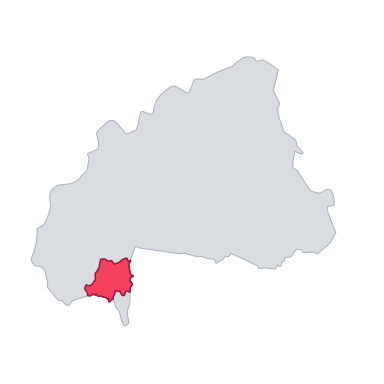 Poni on a map of Burkina Faso (Equal Earth projection), rotated 9°
{"feature_id": "BFA-2837", "entity_name": "Poni", "entity_type": "Province", "adm_level": 1, "iso_a3": "BFA", "parent_name": "Burkina Faso", "parent_adm1": "", "projection": "equal_earth", "projection_center": [-3.283, 10.293], "detail": "fine", "context": "in_parent", "style": "filled", "palette": "rose", "viewbox_px": 384, "rotation_deg": 9, "n_neighbors": 0, "source": "natural_earth", "source_scale": "10m", "svg_char_len": 5274}
<svg xmlns="http://www.w3.org/2000/svg" viewBox="0 0 384 384"><g transform="rotate(9 192 192)"><path d="M284.9,255.1L275.2,255.6L271.7,257.0L269.6,257.1L269.5,255.9L269.3,255.2L257.0,251.3L248.5,248.9L239.8,246.4L239.3,248.8L238.1,250.3L236.2,250.5L234.9,250.1L234.0,251.9L232.6,254.4L230.6,255.6L228.6,257.1L227.5,258.5L226.7,258.5L224.7,255.3L222.1,255.0L217.2,255.6L214.9,254.7L211.9,254.3L204.8,254.9L193.3,253.6L191.5,254.3L191.0,254.9L179.7,255.1L167.2,255.2L156.8,255.4L147.7,255.5L147.7,254.9L144.8,254.9L144.4,255.9L141.9,268.5L141.6,275.4L143.0,279.7L144.5,282.4L146.2,283.5L146.4,285.0L145.0,287.0L145.1,289.0L146.8,291.1L147.2,293.3L146.3,295.6L146.5,301.2L147.8,310.0L147.8,315.7L146.7,318.3L147.2,322.7L149.5,329.0L149.9,331.7L149.0,332.9L147.2,334.5L145.3,334.5L143.1,330.7L142.1,329.0L140.4,325.1L138.8,321.2L136.8,319.5L134.8,318.0L132.3,313.0L130.0,310.7L127.5,311.4L123.9,310.4L116.5,309.2L108.6,309.6L105.4,310.7L102.1,312.5L93.9,316.5L90.7,318.4L88.3,323.3L85.5,323.2L82.7,321.6L80.9,319.4L77.2,319.9L73.6,317.7L70.1,313.4L67.6,312.0L64.3,308.9L63.4,303.0L61.3,298.9L59.4,293.2L56.6,290.6L53.3,289.2L48.8,289.5L45.8,287.2L43.5,283.8L44.1,280.9L45.2,276.8L45.3,272.8L46.1,266.4L45.6,258.3L44.8,252.6L47.3,250.3L50.2,248.2L52.0,244.4L53.9,235.8L54.7,228.4L54.1,225.6L53.2,223.5L52.4,220.3L52.0,216.4L52.5,213.0L54.7,209.8L57.4,207.2L59.4,205.9L64.5,204.6L70.9,202.7L74.6,200.4L77.3,198.2L78.9,196.5L80.4,192.9L82.9,190.1L84.8,187.2L85.1,179.4L85.1,174.9L83.7,172.5L82.9,170.4L92.4,164.3L92.5,159.9L91.2,155.1L89.3,151.2L88.6,147.9L91.2,143.9L93.6,141.0L95.3,138.4L99.0,134.6L102.9,133.6L106.4,135.1L116.8,144.1L118.6,144.7L120.8,144.0L123.5,141.6L127.0,139.7L128.4,133.7L128.2,124.8L129.0,120.7L130.9,120.0L136.9,121.7L138.4,121.8L140.2,121.2L141.4,119.7L141.4,116.8L141.1,114.3L143.0,106.0L146.6,99.8L153.7,92.1L156.0,90.6L158.6,89.8L171.4,95.1L173.5,93.8L176.6,80.6L180.1,79.4L184.3,79.1L187.0,78.0L188.4,77.1L194.5,72.1L205.3,65.3L211.0,62.4L212.2,61.3L216.3,56.5L221.8,51.0L225.3,49.9L230.1,49.5L233.2,50.4L234.0,51.9L235.0,52.7L241.3,50.4L250.4,54.1L258.3,57.8L257.8,60.1L257.7,64.2L257.1,70.8L256.4,78.6L259.6,83.6L263.6,89.1L264.6,91.2L263.6,96.6L264.3,99.7L266.4,105.0L270.0,111.6L273.6,118.5L276.1,119.4L278.4,119.9L279.9,121.1L282.0,122.3L284.1,123.1L285.9,124.6L287.1,126.1L288.6,130.3L292.6,133.1L295.5,135.9L294.4,137.3L290.8,136.7L287.5,135.5L287.1,137.5L287.0,145.3L287.6,151.8L288.4,152.6L291.7,153.8L299.7,162.2L306.9,170.2L309.3,172.2L313.3,173.0L317.8,173.3L319.7,172.6L324.0,168.6L326.3,168.2L328.4,168.3L329.5,168.9L331.6,172.2L333.6,177.1L334.2,180.8L334.0,182.7L333.3,183.5L329.8,184.4L328.3,185.1L327.9,186.2L328.5,188.7L329.2,190.3L333.1,197.4L338.8,207.0L340.5,209.5L339.5,212.3L336.7,219.9L334.6,223.0L325.3,233.6L320.7,232.4L311.0,234.5L309.6,232.1L307.3,231.8L304.5,232.2L303.5,233.1L303.2,234.2L302.2,235.6L300.5,239.9L299.1,240.9L297.4,241.6L295.3,241.5L294.0,242.1L294.0,244.2L293.7,246.0L292.3,246.9L291.7,248.9L291.8,250.9L291.0,251.8L289.1,251.3L288.0,250.8L287.0,253.4L285.8,255.2L284.9,255.1Z" fill="#d9dde1" stroke="#a8b0b8" stroke-width="1"/><path d="M115.6,309.5L114.9,309.4L114.5,309.0L114.3,308.6L114.0,308.2L113.5,308.0L113.4,308.1L113.0,308.7L112.8,308.8L112.6,308.8L112.1,308.4L111.8,308.3L110.0,308.6L109.4,308.9L109.1,309.2L108.5,310.1L108.1,310.4L107.4,310.7L104.9,310.7L104.8,310.8L104.9,310.5L104.9,309.7L104.8,308.7L103.6,307.1L101.5,304.8L101.1,303.5L101.3,302.8L101.7,301.2L102.0,300.4L102.8,300.3L103.9,300.6L104.8,300.7L106.4,300.0L107.7,299.1L108.1,298.4L108.8,296.5L110.0,294.3L110.2,293.4L110.1,292.5L109.9,291.6L109.6,289.9L109.5,289.2L109.2,288.5L109.2,287.6L109.3,287.3L109.5,286.9L110.6,285.1L111.0,283.9L111.3,282.8L111.7,282.2L112.0,281.9L112.1,281.7L112.2,280.9L112.0,279.5L112.1,275.1L112.2,274.5L112.3,274.0L112.3,273.2L112.3,272.8L114.3,272.1L115.9,271.8L117.4,272.1L118.6,272.7L119.3,273.3L119.8,273.5L120.5,273.4L122.4,272.5L123.5,272.6L124.3,273.2L125.0,273.8L126.4,275.4L127.2,275.1L128.2,274.3L129.0,273.9L129.7,273.7L130.9,273.1L133.5,270.0L135.1,268.8L135.8,268.5L136.2,268.2L136.4,267.9L137.3,267.7L138.2,267.8L138.8,268.8L139.1,269.6L139.5,270.1L140.3,270.0L140.9,269.9L141.4,269.4L141.4,269.6L141.5,269.6L141.8,269.8L141.9,270.0L141.9,270.3L141.9,270.6L141.5,271.6L141.0,272.8L140.9,273.3L141.1,274.3L142.2,276.9L142.3,277.4L142.4,278.5L142.5,279.0L142.6,279.3L143.1,280.0L143.3,280.2L143.4,281.2L143.7,281.8L145.0,283.4L145.4,283.7L146.1,283.8L147.0,283.9L147.1,284.1L147.0,284.5L146.6,285.0L146.2,285.2L145.7,285.3L145.4,285.5L145.1,285.8L144.8,286.2L144.5,287.0L144.4,288.0L144.4,289.1L144.7,289.9L145.0,290.1L145.4,290.2L145.7,290.3L145.8,290.6L145.9,291.2L146.2,291.3L146.5,291.3L146.9,291.5L147.2,291.8L147.5,291.9L147.6,292.2L147.6,292.8L147.5,293.5L147.2,294.0L146.5,294.8L146.0,295.8L146.0,296.8L146.3,299.1L146.3,300.7L144.8,300.3L143.6,299.8L142.4,300.3L141.8,301.9L141.5,304.4L140.7,305.2L139.1,304.9L137.6,303.2L136.5,301.6L134.6,301.6L132.6,301.5L131.5,302.7L131.6,305.2L130.6,307.3L130.8,310.0L130.3,309.7L129.7,310.2L128.5,312.6L127.9,313.3L127.0,313.4L126.7,312.8L126.6,311.7L126.6,310.7L126.5,310.4L126.1,310.6L125.6,311.0L125.3,311.1L124.9,310.8L124.2,310.0L123.8,309.8L117.8,309.1L115.6,309.5Z" fill="#f43f5e" stroke="#9f1239" stroke-width="1.5"/></g></svg>